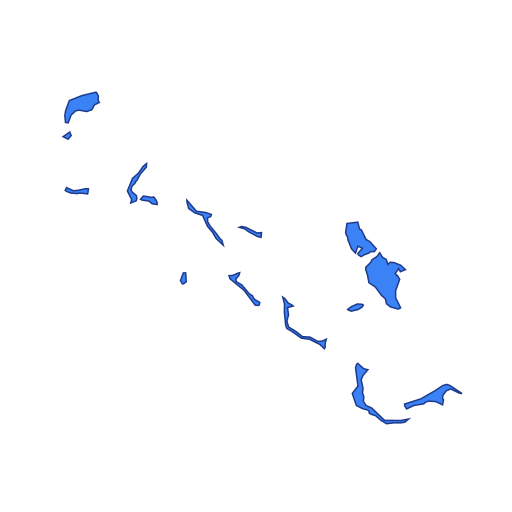 map outline of The Bahamas (Robinson projection), rotated 168°
{"feature_id": "BHS", "entity_name": "The Bahamas", "entity_type": "country or territory", "adm_level": 0, "iso_a3": "BHS", "parent_name": "North America", "parent_adm1": "", "projection": "robinson", "projection_center": [-76.093, 23.939], "detail": "fine", "context": "isolated", "style": "filled", "palette": "blue", "viewbox_px": 512, "rotation_deg": 168, "n_neighbors": 0, "source": "natural_earth", "source_scale": "50m", "svg_char_len": 3353}
<svg xmlns="http://www.w3.org/2000/svg" viewBox="0 0 512 512"><g transform="rotate(168 256 256)"><path d="M151.1,206.4L150.9,214.2L151.5,220.1L150.9,222.2L144.9,226.1L143.4,228.2L137.7,230.4L134.3,233.5L132.6,228.5L129.3,225.5L128.7,220.2L126.2,222.0L122.5,220.9L116.5,217.0L112.7,211.6L118.0,210.6L119.1,214.0L123.4,209.9L122.4,207.7L121.7,207.5L120.3,203.4L126.7,192.9L128.1,186.1L125.3,175.2L128.0,174.5L135.1,178.3L138.3,182.1L138.4,187.3L141.4,191.3L145.7,200.8L151.1,206.4ZM155.8,236.0L155.8,237.4L150.3,241.5L154.3,244.4L158.1,238.1L161.1,243.2L162.7,252.8L162.4,254.5L162.7,256.0L163.3,257.8L163.4,260.5L160.3,268.9L149.4,268.0L149.1,260.9L147.5,259.6L144.9,249.4L141.5,246.2L136.8,237.9L139.5,235.7L143.2,236.4L145.1,235.4L150.2,234.6L153.3,233.5L155.8,236.0ZM413.8,433.1L412.0,437.8L406.2,446.9L393.0,449.1L378.4,449.5L377.3,447.1L377.0,444.9L378.0,441.5L377.9,440.2L377.3,438.8L382.6,437.4L386.1,433.2L391.6,432.5L398.5,435.4L402.2,435.5L407.6,432.3L412.0,425.3L414.6,426.2L413.8,433.1ZM180.0,129.3L178.8,129.8L174.1,123.4L170.2,121.5L176.2,116.9L178.9,113.0L178.8,104.4L180.3,99.8L179.8,95.7L181.2,91.5L179.4,86.9L174.4,83.2L164.4,68.5L148.7,65.0L140.6,64.8L145.0,62.5L149.2,62.7L155.5,64.1L163.2,64.8L167.8,69.1L172.2,74.9L176.2,77.2L177.9,78.7L177.7,80.3L178.4,81.9L183.6,84.6L188.9,88.9L190.4,101.6L183.3,107.6L181.9,126.0L180.0,129.3ZM110.2,76.1L116.9,78.1L120.5,77.8L122.6,76.5L132.5,77.0L140.5,75.1L141.7,78.5L141.5,80.3L124.5,82.0L108.9,87.0L100.3,90.4L96.3,90.8L93.2,89.0L83.0,78.6L85.8,79.7L93.3,85.5L98.0,84.5L102.4,80.6L103.1,77.6L102.5,76.3L104.5,71.6L110.2,76.1ZM211.8,156.1L221.0,163.4L228.7,166.2L237.1,175.3L240.8,178.5L241.4,181.5L240.0,194.9L238.1,203.1L238.4,210.2L236.4,208.1L234.4,203.4L231.1,200.7L230.0,199.3L235.9,199.0L236.4,191.7L239.3,185.9L238.9,179.9L232.0,173.2L227.3,167.4L220.1,165.5L213.4,159.7L209.4,159.0L204.5,160.0L206.3,156.6L207.5,152.0L208.4,151.1L211.8,156.1ZM312.3,323.3L312.0,325.0L304.9,312.1L296.1,309.0L291.0,305.9L292.0,304.1L295.6,303.3L296.1,299.3L294.6,294.8L290.0,285.9L287.3,279.9L286.1,278.5L285.8,273.4L291.3,281.3L293.6,288.2L297.3,295.1L299.8,306.8L306.9,310.9L312.0,316.5L312.3,323.3ZM347.7,367.2L343.8,369.2L344.7,365.8L352.1,360.2L356.3,355.2L358.6,353.4L359.5,352.1L362.7,350.2L364.4,347.0L363.9,344.4L360.5,340.1L360.5,337.0L361.7,334.9L367.5,333.9L365.9,337.1L368.3,346.3L360.6,357.7L354.0,361.3L347.7,367.2ZM286.2,239.2L286.5,242.4L282.8,241.8L277.3,243.0L275.4,243.1L276.6,240.8L280.4,237.8L280.6,234.9L275.9,230.7L270.4,220.4L267.8,217.9L266.6,214.0L262.0,209.8L262.9,207.6L263.9,207.1L267.0,208.1L274.0,223.1L274.5,224.5L286.2,239.2ZM412.6,353.4L416.1,354.3L417.9,354.2L424.3,356.2L428.1,358.8L429.0,359.9L427.0,362.3L421.1,357.8L416.0,357.2L408.8,357.3L405.9,356.5L407.8,351.7L412.6,353.4ZM355.9,334.4L357.2,335.5L353.6,338.1L345.6,334.9L343.8,335.1L342.2,331.7L341.6,329.2L342.0,326.9L346.8,328.7L349.3,332.0L355.9,334.4ZM173.1,186.7L166.8,188.0L162.3,186.7L161.2,185.6L163.1,183.8L167.3,182.4L174.1,182.2L177.1,184.0L177.4,184.7L173.1,186.7ZM266.4,287.5L264.1,287.9L260.0,286.2L250.2,278.3L245.7,277.7L247.2,273.2L250.6,274.8L258.5,281.6L261.4,284.9L266.4,287.5ZM335.0,247.7L330.6,254.6L328.3,254.1L329.6,245.3L332.6,243.9L333.8,244.0L335.0,247.7ZM419.9,412.8L412.4,416.0L411.7,412.3L415.5,409.3L419.9,412.8Z" fill="#3b82f6" stroke="#1e3a8a" stroke-width="1.5"/></g></svg>